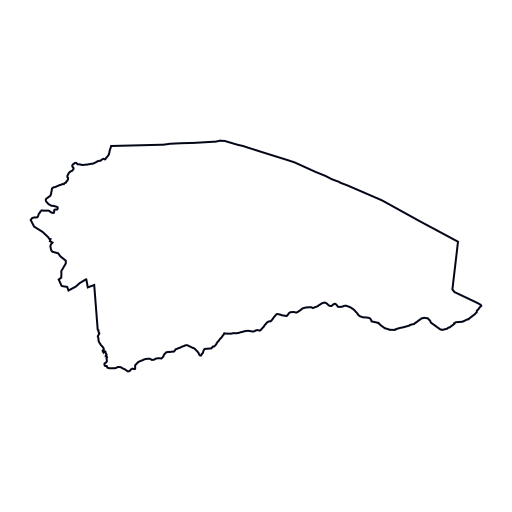 Rushinga, Mashonaland Central, Zimbabwe (Robinson projection)
{"feature_id": "62879985B22521901004108", "entity_name": "Rushinga", "entity_type": "district", "adm_level": 2, "iso_a3": "ZWE", "parent_name": "Zimbabwe", "parent_adm1": "Mashonaland Central", "projection": "robinson", "projection_center": [32.185, -16.62], "detail": "fine", "context": "isolated", "style": "outline", "palette": "ink", "viewbox_px": 512, "rotation_deg": 0, "n_neighbors": 0, "source": "geoboundaries", "source_scale": "gbopen_adm2", "svg_char_len": 5933}
<svg xmlns="http://www.w3.org/2000/svg" viewBox="0 0 512 512"><path d="M107.2,367.5L108.1,367.9L110.0,368.3L113.1,368.2L114.0,368.3L115.5,368.1L118.0,367.0L118.9,367.0L120.8,367.2L122.3,368.2L124.6,369.2L127.7,371.3L129.0,371.3L130.2,370.5L131.0,369.4L132.1,368.7L132.8,368.7L133.8,369.1L134.9,369.0L135.1,368.7L135.2,368.2L135.1,365.9L135.2,365.2L138.3,362.0L141.6,360.5L142.6,360.3L143.9,359.5L146.2,358.9L149.4,358.7L150.4,359.0L151.7,359.9L152.9,359.9L154.2,359.6L155.9,358.6L157.0,358.4L159.1,358.2L161.3,358.5L162.6,357.4L163.5,356.2L163.8,355.2L164.3,354.3L166.3,352.3L166.9,352.1L167.8,352.1L168.3,351.9L170.4,352.0L171.3,351.7L173.0,351.7L173.8,351.6L173.9,351.4L174.5,351.0L175.2,349.9L175.7,349.3L177.4,348.7L177.8,348.4L180.3,347.6L181.8,346.7L184.1,346.0L184.9,345.5L186.2,345.2L187.0,345.2L187.7,345.4L189.6,346.4L190.2,346.6L193.0,348.0L193.5,348.0L194.5,348.6L196.9,351.0L198.4,352.7L198.8,353.8L199.7,355.2L200.1,355.5L200.8,355.6L201.1,355.5L201.6,354.5L201.8,353.9L202.3,353.6L203.0,352.6L203.3,351.3L204.2,349.3L205.1,348.9L211.3,348.4L212.7,346.8L212.9,346.8L212.9,346.6L214.4,346.3L215.4,345.3L216.5,343.8L216.9,342.9L217.8,341.7L218.3,341.3L220.3,338.6L221.4,337.7L221.6,337.3L222.3,336.4L222.8,335.5L223.8,334.5L224.0,333.7L224.1,333.4L224.3,333.3L226.0,333.6L231.1,333.7L233.6,333.1L234.5,333.1L235.4,333.3L237.6,333.1L239.1,332.8L240.4,332.3L243.5,331.6L244.2,331.3L246.6,330.9L248.3,330.8L250.9,331.2L252.5,331.5L253.1,331.6L254.9,331.0L254.9,330.9L256.3,330.2L258.4,330.2L259.4,330.5L259.9,330.6L260.3,330.4L263.8,326.6L264.5,325.4L267.1,322.4L269.1,321.3L270.7,321.3L271.4,320.6L272.7,319.0L273.4,317.9L275.6,315.2L276.6,314.2L277.5,314.0L280.5,314.7L282.0,315.3L286.7,316.0L287.0,315.6L287.9,314.7L289.0,313.1L290.4,312.2L293.8,312.0L296.3,312.6L298.2,311.7L298.4,311.4L299.2,311.0L301.3,309.5L301.7,309.0L302.8,308.3L306.0,307.5L307.0,307.4L310.4,307.2L311.4,307.3L312.8,308.0L313.9,307.7L314.9,307.2L317.1,306.5L318.3,305.8L318.6,305.4L320.8,304.1L321.5,303.5L323.9,302.7L324.8,302.6L325.2,302.8L325.7,302.8L327.1,303.8L328.7,305.4L329.8,305.9L331.4,306.0L332.5,305.2L332.9,304.8L333.6,304.2L334.3,303.9L335.5,303.9L337.2,305.6L337.5,306.3L337.8,306.6L338.3,306.9L340.6,306.9L342.5,306.6L344.0,305.9L345.7,305.7L346.4,305.8L350.4,307.3L353.8,309.6L356.5,312.5L357.5,313.7L357.8,314.4L359.6,316.1L362.9,317.3L366.7,317.5L369.0,317.9L370.2,318.6L370.5,319.0L371.6,321.0L371.6,321.4L377.4,322.7L377.9,322.7L378.1,323.0L378.4,323.0L378.4,323.3L378.9,323.5L380.9,325.4L384.9,328.3L385.6,328.3L385.9,328.5L389.1,329.5L389.4,329.8L394.8,329.9L394.8,329.7L396.0,329.1L396.7,329.1L397.0,328.8L397.9,328.5L401.9,327.5L402.5,327.5L409.0,325.7L409.4,325.5L409.7,325.2L410.0,325.2L410.3,324.8L414.1,324.0L415.2,322.9L415.7,322.8L416.0,322.4L416.7,322.1L417.3,321.5L418.4,320.8L418.4,320.7L421.2,318.7L421.9,318.4L422.1,318.1L423.4,318.1L424.1,317.8L427.6,318.3L427.8,318.5L428.0,318.5L428.6,319.3L429.3,319.9L430.1,320.7L430.6,322.0L431.1,322.8L440.6,329.6L441.8,329.6L442.3,329.9L447.2,328.7L447.7,328.1L448.7,327.5L449.4,327.5L449.9,327.2L454.3,323.9L454.2,323.3L454.5,323.3L455.0,322.8L456.0,322.2L461.9,321.8L462.3,321.5L463.1,321.5L463.8,321.2L464.1,320.9L464.3,320.9L467.3,319.4L468.1,319.4L468.3,319.2L468.6,319.2L468.7,318.9L475.3,313.8L475.6,313.3L476.3,312.6L476.7,312.4L476.9,310.6L477.9,309.8L479.5,307.7L480.0,307.0L481.3,305.9L480.8,304.9L477.9,303.2L454.5,292.1L452.4,289.4L458.0,241.7L420.8,221.8L384.8,201.9L381.6,200.2L347.4,185.4L340.2,182.7L339.4,182.0L332.2,179.4L325.6,176.0L315.5,171.9L294.6,162.4L287.9,160.2L263.9,152.7L247.5,147.5L247.3,147.4L243.0,146.0L237.7,144.8L224.5,140.9L220.1,140.8L220.1,140.7L214.8,141.8L214.2,141.7L193.9,142.9L181.7,143.2L169.5,143.8L168.5,144.0L163.3,144.7L111.1,146.0L110.9,147.0L109.6,150.9L109.5,152.0L108.8,154.5L108.3,155.4L106.7,157.4L106.0,158.1L105.3,159.3L104.6,159.3L103.7,158.8L102.9,159.0L101.4,159.9L100.8,160.6L100.2,160.8L99.3,160.8L97.2,161.4L96.8,161.8L95.7,162.4L94.3,163.0L93.4,163.5L92.7,163.7L91.1,163.8L90.0,164.1L88.7,164.2L87.4,164.6L86.3,164.6L82.7,165.0L80.3,164.6L80.1,164.4L79.7,164.3L77.6,164.3L76.2,162.9L74.9,163.0L72.8,164.5L72.3,165.3L72.3,166.5L73.4,167.8L73.5,168.1L73.6,168.7L72.5,170.4L71.7,171.0L70.9,171.3L69.7,172.0L68.4,173.7L67.3,176.0L67.4,177.1L67.9,177.6L68.1,178.0L68.0,179.2L67.7,179.8L67.4,180.7L66.3,181.6L66.1,182.4L65.8,182.7L64.4,183.2L63.9,184.1L62.2,184.1L60.8,184.9L59.6,185.1L55.1,187.1L54.0,187.2L53.3,187.5L52.6,188.0L52.0,188.5L51.9,189.1L51.8,190.1L51.2,192.7L51.1,193.9L50.3,195.8L46.3,198.7L45.8,199.4L45.8,200.7L46.1,201.4L48.5,204.1L51.3,205.7L52.2,205.9L53.9,205.9L54.2,206.1L57.1,206.9L57.5,207.2L57.7,207.9L57.7,208.4L57.4,209.1L57.1,209.5L55.3,209.5L54.6,209.7L54.1,210.4L54.2,211.7L53.8,212.9L52.2,212.9L51.6,212.4L50.6,212.1L49.5,211.1L48.5,210.6L44.0,210.7L41.6,210.4L40.4,211.5L40.1,212.3L38.7,214.0L38.3,215.5L37.7,216.9L36.6,217.5L34.4,217.4L32.4,218.0L31.9,218.3L30.7,220.0L34.1,226.6L42.7,232.0L48.1,237.1L49.4,239.0L50.5,239.1L49.9,241.2L52.5,242.6L50.8,244.6L50.4,246.5L51.1,250.0L52.3,251.7L58.2,253.3L60.3,256.3L65.8,260.7L65.8,263.4L61.3,271.1L61.4,274.3L61.2,277.8L58.7,279.5L61.6,285.9L63.2,286.3L67.2,286.9L68.5,290.5L75.8,286.6L79.7,283.1L86.0,279.3L86.3,279.4L87.8,287.4L94.2,285.0L97.7,329.7L98.5,330.3L98.5,331.9L99.0,332.7L99.0,333.1L99.3,333.3L99.2,333.7L98.6,334.9L98.0,335.8L97.8,336.5L98.4,338.2L98.6,340.9L99.1,342.2L100.4,344.1L100.6,344.7L102.7,346.9L103.7,348.5L103.8,349.5L103.7,349.9L102.9,350.3L102.6,350.7L103.0,351.8L103.6,352.6L104.3,351.5L104.9,351.3L105.5,351.8L105.6,352.7L105.9,353.5L106.6,354.6L106.4,355.1L106.1,355.2L105.7,355.8L105.7,356.3L106.5,356.3L106.8,356.6L107.0,357.0L106.9,357.7L106.5,358.7L106.8,359.8L106.9,361.0L106.4,362.1L106.0,362.5L105.5,362.9L104.8,363.2L104.6,363.4L104.4,364.0L104.4,364.3L104.6,365.3L105.2,366.0L106.4,366.0L106.5,366.2L106.9,366.3L107.2,367.0L107.2,367.5Z" fill="none" stroke="#020617" stroke-width="2"/></svg>